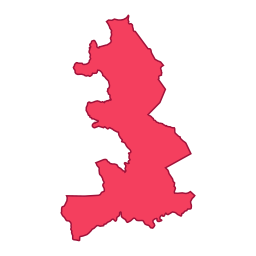 outline of Santa Ana, La Paz, Honduras
{"feature_id": "27666195B3859139292279", "entity_name": "Santa Ana", "entity_type": "district", "adm_level": 2, "iso_a3": "HND", "parent_name": "Honduras", "parent_adm1": "La Paz", "projection": "orthographic", "projection_center": [-87.959, 13.996], "detail": "fine", "context": "isolated", "style": "filled", "palette": "rose", "viewbox_px": 256, "rotation_deg": 0, "n_neighbors": 0, "source": "geoboundaries", "source_scale": "gbopen_adm2", "svg_char_len": 5822}
<svg xmlns="http://www.w3.org/2000/svg" viewBox="0 0 256 256"><path d="M61.2,212.8L62.6,215.7L64.5,217.5L66.2,220.3L66.8,220.7L69.1,221.0L70.2,222.0L70.9,223.1L71.2,224.2L71.0,226.1L71.3,227.1L70.8,229.2L71.8,231.0L71.6,232.9L72.0,233.6L72.2,234.6L72.7,235.4L72.7,238.7L72.9,239.2L73.8,239.7L76.4,240.0L79.0,240.6L79.6,240.2L79.7,237.2L80.2,236.5L82.9,236.0L86.9,234.6L88.7,233.2L91.1,230.7L92.1,229.3L94.0,228.3L96.9,225.6L98.5,225.6L100.0,226.2L103.2,225.8L103.7,225.6L103.9,224.6L104.1,224.3L106.0,223.9L107.4,222.4L110.2,221.1L112.0,219.4L112.6,219.2L113.3,219.2L115.1,221.0L115.6,221.1L116.2,220.6L116.6,219.7L116.8,218.0L117.0,217.3L119.2,215.7L119.6,214.5L119.6,212.8L120.3,212.0L120.8,212.1L121.1,212.4L121.4,216.2L121.8,217.0L123.6,218.5L125.4,219.5L125.5,220.0L125.8,220.1L126.5,221.6L127.1,222.2L127.7,222.3L130.5,220.9L133.4,218.3L134.4,218.2L135.1,218.5L136.0,219.7L136.9,220.4L138.6,220.6L141.4,220.5L142.9,220.6L143.7,221.6L144.0,222.3L145.1,224.1L146.5,224.8L148.7,225.4L149.2,225.8L150.6,227.7L152.4,228.1L153.0,227.9L154.0,226.7L154.7,225.5L154.3,224.0L153.2,222.5L152.9,220.9L153.1,220.3L154.8,218.9L156.6,218.5L157.0,218.9L157.0,220.4L157.4,221.0L157.9,221.4L159.1,221.5L161.4,220.7L161.7,220.4L161.6,220.0L161.3,219.8L160.1,219.2L159.7,217.8L160.4,216.5L161.6,215.3L162.4,215.3L162.8,216.1L163.9,216.2L164.4,215.6L165.2,214.0L165.9,213.2L166.2,213.4L166.9,214.3L168.0,214.6L172.6,211.9L175.2,212.5L176.5,213.4L177.5,214.4L180.6,215.9L181.1,216.0L181.5,215.5L181.9,213.5L183.2,213.1L184.0,212.1L185.1,211.0L186.7,210.6L187.7,209.1L190.4,208.9L190.9,208.6L191.2,208.1L191.4,206.3L191.3,205.0L190.7,203.2L190.6,201.4L192.3,198.3L193.5,197.3L194.8,195.6L190.4,191.6L188.3,192.9L186.3,193.4L185.2,193.4L182.2,192.9L177.7,193.3L174.6,193.1L174.3,192.1L174.4,191.3L175.4,188.4L175.1,187.2L174.1,186.4L174.6,182.9L173.2,181.5L172.5,178.8L169.0,173.6L168.4,171.4L167.8,170.1L165.5,167.8L190.9,153.7L185.9,143.2L185.1,142.4L182.9,140.8L180.4,138.4L180.1,136.9L178.6,136.3L175.3,133.2L174.8,132.2L174.7,128.7L174.3,127.8L172.6,127.8L171.2,127.4L170.2,126.8L168.6,126.7L167.2,126.4L166.5,125.7L165.9,126.0L163.0,124.3L162.5,123.7L160.0,123.2L158.8,123.2L158.0,122.5L156.7,122.2L155.9,121.4L155.4,120.6L153.6,119.9L153.3,118.5L152.4,117.9L151.1,116.5L150.2,115.9L149.0,115.4L148.0,114.6L159.9,102.5L165.4,89.3L158.3,79.3L158.9,78.7L158.7,76.7L158.8,76.4L159.4,75.8L161.3,75.2L161.5,75.0L161.4,74.2L161.8,72.7L161.4,72.1L161.4,70.9L161.0,69.9L160.6,68.1L161.5,66.6L163.4,65.4L160.7,62.1L159.3,61.4L158.1,61.0L155.0,59.3L151.9,53.7L151.3,52.3L151.0,50.4L150.6,49.4L149.9,48.8L148.0,48.7L135.3,31.5L134.5,31.5L133.7,31.0L133.3,30.4L133.1,28.6L132.5,26.8L132.5,25.6L132.3,24.8L131.0,23.7L129.3,23.9L128.9,23.6L128.6,23.1L128.5,22.4L128.8,21.6L128.3,20.5L128.1,19.6L128.7,16.2L128.6,15.6L128.3,15.4L127.1,17.1L126.1,18.1L123.5,19.5L121.0,20.0L118.1,20.0L114.4,19.1L112.0,20.3L108.5,20.1L106.5,21.6L108.0,23.7L109.4,26.4L109.8,28.0L111.6,30.7L111.6,31.1L111.1,32.1L111.4,32.8L111.6,34.8L111.1,36.6L110.4,38.2L111.3,41.0L110.7,42.4L109.4,43.5L107.0,45.0L106.0,45.1L100.3,46.7L99.3,46.7L98.9,47.9L98.0,47.8L96.8,46.8L96.9,45.4L96.7,44.4L95.0,41.1L94.0,40.4L92.0,41.0L91.6,41.5L91.2,42.9L90.4,44.0L90.0,44.1L89.8,44.6L89.8,45.2L90.7,46.8L90.3,47.8L89.6,47.5L89.4,47.7L89.7,49.6L89.1,51.2L89.1,52.3L90.3,54.3L90.4,55.3L89.9,57.0L90.6,58.6L90.4,59.2L89.4,60.5L89.1,62.2L87.9,63.4L86.0,64.3L84.7,64.3L84.2,64.5L83.1,64.4L82.1,63.3L78.4,63.2L77.5,62.8L76.4,62.7L75.3,63.6L74.6,64.6L74.3,66.0L73.4,67.4L73.8,68.6L75.0,70.3L75.2,72.6L76.2,73.8L77.7,74.4L81.7,74.2L84.2,75.0L85.1,75.7L86.5,76.0L88.1,75.5L89.7,76.3L90.4,76.1L91.8,75.1L92.5,73.3L94.2,73.4L95.1,73.2L96.3,73.2L97.1,72.3L97.7,70.2L99.3,70.4L100.4,71.0L101.7,72.4L102.6,74.0L102.8,75.5L104.7,76.8L106.0,78.5L108.4,80.9L109.5,85.2L109.4,86.9L109.3,87.5L107.7,89.0L107.9,90.2L107.3,91.2L108.2,92.5L108.5,94.0L109.5,94.6L109.9,95.1L110.0,95.7L109.9,97.0L110.3,98.5L111.0,99.3L110.9,100.0L110.4,100.2L109.4,99.9L108.5,100.7L107.1,100.7L105.7,101.4L105.1,101.4L104.8,101.6L104.6,102.4L104.3,102.6L102.6,101.7L101.5,102.2L100.7,102.2L99.7,101.5L97.3,100.9L95.2,101.4L92.7,102.4L90.7,102.8L90.2,102.8L89.8,102.1L88.6,102.2L87.7,103.0L87.4,105.1L86.3,107.3L86.2,110.5L87.5,112.7L88.4,115.1L88.7,115.4L89.6,115.5L89.9,117.0L90.4,117.5L91.5,117.7L92.0,118.9L93.5,118.8L96.8,120.4L98.0,120.6L98.1,120.8L98.2,121.5L97.8,121.8L95.8,122.6L95.1,122.4L94.8,123.3L94.2,123.1L93.7,123.2L92.7,124.3L92.4,124.9L92.3,126.0L92.7,126.7L93.4,127.4L94.2,127.7L94.8,127.7L98.6,126.2L103.6,127.7L104.3,126.9L104.7,126.8L106.4,127.9L107.3,128.7L107.8,128.9L108.2,128.7L109.3,127.8L109.8,127.6L111.5,128.7L112.4,129.0L113.8,130.2L117.1,131.9L118.4,132.2L118.9,135.0L120.3,137.7L122.3,139.9L122.2,140.4L121.7,141.1L121.7,141.6L123.8,142.3L125.1,143.2L126.3,145.7L127.6,147.5L130.1,149.8L130.8,151.2L130.9,151.9L130.3,152.7L129.9,152.9L128.8,153.0L128.6,153.3L129.4,154.8L129.0,156.8L129.1,158.2L130.0,159.6L129.7,160.2L128.6,160.9L128.3,161.4L128.4,162.0L129.0,163.2L128.6,163.5L127.6,163.5L125.3,162.7L124.9,162.7L124.5,163.1L124.5,163.8L125.5,165.0L125.8,165.8L125.7,167.0L125.0,168.6L125.8,170.3L125.8,171.0L125.4,171.8L124.9,172.2L124.3,171.0L123.1,170.9L122.4,170.0L121.7,169.6L120.8,168.5L118.4,167.3L116.8,164.7L114.4,164.0L112.4,164.0L110.2,163.5L108.9,162.1L107.8,161.6L106.9,160.1L106.0,159.5L105.1,159.4L103.7,159.6L95.8,162.8L96.5,163.9L96.7,164.8L97.6,166.2L98.6,167.2L99.2,168.1L99.1,170.4L99.5,173.8L99.9,174.6L101.2,175.9L102.3,177.8L102.6,178.5L102.8,179.8L104.1,182.3L104.0,182.9L103.1,184.1L102.8,185.2L103.0,186.1L104.2,188.5L104.4,190.2L104.1,191.3L101.6,192.4L100.2,194.6L98.6,195.3L84.6,196.1L66.6,195.8L67.0,196.7L67.2,198.1L66.9,200.8L64.5,205.7L63.9,206.2L62.3,206.8L61.9,207.3L61.6,209.0L61.6,211.8L61.2,212.8Z" fill="#f43f5e" stroke="#9f1239" stroke-width="1.5"/></svg>